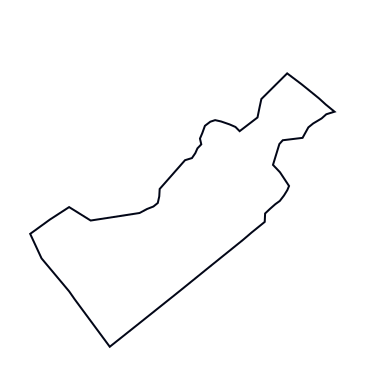 Barão, Rio Grande do Sul, Brazil (Mercator projection), rotated 141°
{"feature_id": "56859067B63492372460068", "entity_name": "Barão", "entity_type": "district", "adm_level": 2, "iso_a3": "BRA", "parent_name": "Brazil", "parent_adm1": "Rio Grande do Sul", "projection": "mercator", "projection_center": [-51.523, -29.392], "detail": "fine", "context": "isolated", "style": "outline", "palette": "ink", "viewbox_px": 384, "rotation_deg": 141, "n_neighbors": 0, "source": "geoboundaries", "source_scale": "gbopen_adm2", "svg_char_len": 895}
<svg xmlns="http://www.w3.org/2000/svg" viewBox="0 0 384 384"><g transform="rotate(141 192 192)"><path d="M353.3,123.5L321.5,123.2L293.6,123.0L264.3,122.8L229.0,122.8L222.5,122.8L182.7,122.7L171.1,123.0L161.9,123.0L154.3,123.0L148.7,129.3L142.3,129.8L134.9,130.1L129.4,129.8L122.7,131.4L116.7,133.5L112.8,135.6L111.2,152.0L112.0,162.1L93.9,174.3L88.9,175.1L72.0,164.5L60.9,169.0L54.7,169.0L45.0,167.6L38.7,167.9L30.7,164.7L33.0,175.8L34.4,184.9L39.0,206.6L43.4,224.3L79.6,220.6L86.3,215.2L94.2,208.7L116.7,209.3L117.3,215.2L120.2,220.8L125.0,228.5L128.8,233.3L133.5,235.1L140.3,235.3L147.1,231.2L152.2,228.5L154.8,223.2L160.3,222.5L165.0,220.1L170.7,218.4L177.4,221.1L215.2,214.7L220.2,209.2L225.5,205.0L231.1,205.0L237.7,207.1L246.0,208.7L288.7,233.6L297.0,257.6L319.7,260.0L344.1,261.3L350.7,235.1L350.0,192.0L350.7,182.4L353.3,123.5Z" fill="none" stroke="#020617" stroke-width="2"/></g></svg>